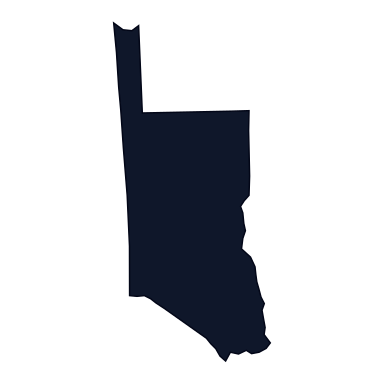 Planalto Alegre, Santa Catarina, Brazil (Robinson projection)
{"feature_id": "56859067B50692822496995", "entity_name": "Planalto Alegre", "entity_type": "district", "adm_level": 2, "iso_a3": "BRA", "parent_name": "Brazil", "parent_adm1": "Santa Catarina", "projection": "robinson", "projection_center": [-52.861, -27.043], "detail": "fine", "context": "isolated", "style": "filled", "palette": "ink", "viewbox_px": 384, "rotation_deg": 0, "n_neighbors": 0, "source": "geoboundaries", "source_scale": "gbopen_adm2", "svg_char_len": 774}
<svg xmlns="http://www.w3.org/2000/svg" viewBox="0 0 384 384"><path d="M129.6,295.6L137.0,296.3L144.4,295.6L150.6,298.7L156.2,303.1L164.0,308.2L206.4,338.2L210.9,343.8L215.8,348.7L220.1,356.2L225.6,361.0L230.4,352.2L238.5,354.0L246.3,350.3L251.6,353.6L259.1,352.2L266.1,348.4L270.3,342.9L264.1,334.6L265.1,327.5L263.5,318.7L262.0,310.1L264.3,303.6L261.0,297.1L258.9,289.1L256.8,281.8L255.8,274.3L255.0,266.8L250.5,257.1L241.5,248.9L242.8,238.4L245.4,230.7L243.8,223.4L242.8,212.9L240.5,206.4L244.2,200.7L249.0,195.3L249.6,176.1L248.6,130.6L249.0,110.7L231.8,111.2L142.3,113.0L138.6,25.7L131.9,30.7L123.0,29.8L113.7,23.0L116.5,52.6L118.7,87.2L120.8,110.4L123.4,148.3L124.9,166.9L127.2,195.5L129.5,246.2L129.6,295.6Z" fill="#0f172a" stroke="#020617" stroke-width="1.5"/></svg>